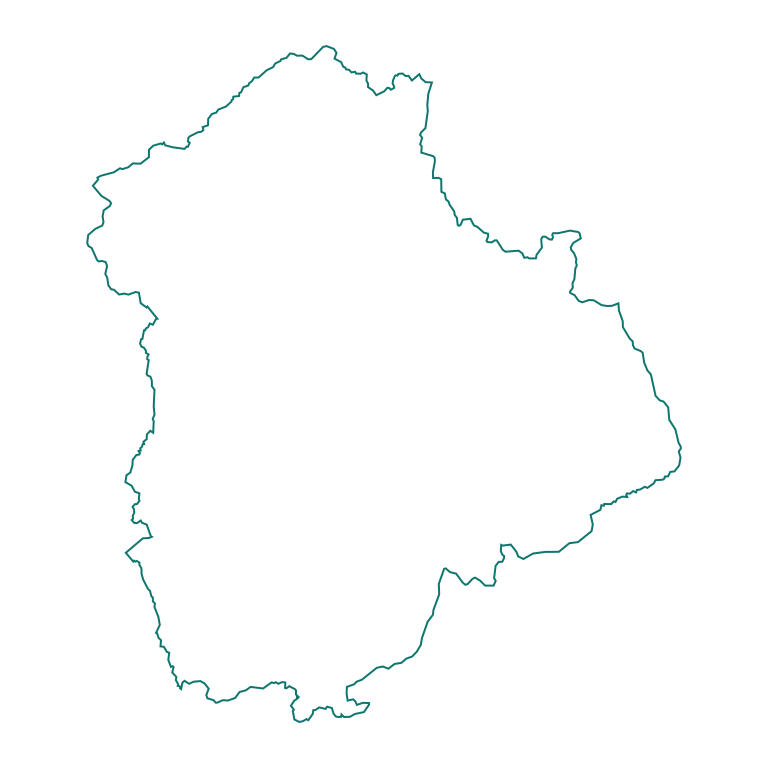 the district of San Vicente, Antioquia, Colombia
{"feature_id": "7082276B36807549160801", "entity_name": "San Vicente", "entity_type": "district", "adm_level": 2, "iso_a3": "COL", "parent_name": "Colombia", "parent_adm1": "Antioquia", "projection": "natural_earth1", "projection_center": [-75.346, 6.311], "detail": "fine", "context": "isolated", "style": "outline", "palette": "teal", "viewbox_px": 768, "rotation_deg": 0, "n_neighbors": 0, "source": "geoboundaries", "source_scale": "gbopen_adm2", "svg_char_len": 6051}
<svg xmlns="http://www.w3.org/2000/svg" viewBox="0 0 768 768"><path d="M419.3,74.2L411.9,80.5L408.6,75.9L405.6,76.0L402.4,73.5L398.4,73.9L397.4,75.6L395.8,75.3L394.8,76.2L393.0,80.4L392.6,83.3L394.3,87.0L393.9,88.1L390.8,89.7L389.4,88.1L387.4,87.8L384.1,91.4L376.3,95.2L373.1,90.6L368.0,87.0L368.1,83.8L366.4,80.4L366.8,74.5L363.2,72.5L360.5,73.8L356.0,73.5L355.1,71.8L351.4,72.4L349.1,69.8L345.9,69.3L345.4,67.6L343.2,66.7L341.2,62.2L334.5,58.6L336.5,52.9L333.9,48.9L326.5,46.1L323.1,46.9L311.3,59.1L308.2,59.3L302.4,55.6L297.0,55.7L293.8,53.9L290.0,53.5L286.5,57.8L281.1,59.4L280.4,61.0L275.2,63.5L273.1,67.1L266.6,70.3L258.6,77.5L254.3,77.5L252.0,81.1L249.1,83.3L248.3,85.5L243.4,87.2L241.1,92.3L239.4,92.9L239.0,96.0L233.3,96.7L233.1,99.2L231.7,100.0L231.5,101.5L225.9,106.6L218.4,109.5L216.1,112.7L212.0,113.9L208.2,118.8L208.0,125.3L202.7,127.1L203.4,130.0L201.4,131.7L197.8,132.3L189.5,136.5L188.4,137.9L188.0,141.6L189.7,142.8L187.9,146.8L186.6,146.6L184.6,148.9L172.9,147.3L165.2,145.3L163.9,142.5L162.2,144.4L160.7,143.5L153.2,145.7L149.0,149.7L148.9,157.2L140.5,163.7L132.8,163.4L128.4,167.2L122.5,169.1L120.0,168.3L113.8,172.3L101.1,175.7L97.4,177.6L98.1,179.6L92.9,185.8L101.5,196.0L109.5,200.9L111.1,203.3L109.8,206.0L103.7,210.4L102.6,216.3L103.5,222.1L102.3,225.5L95.3,228.9L88.2,235.0L87.2,243.1L88.5,246.1L91.7,248.0L97.1,260.1L98.7,261.4L102.0,261.0L105.6,262.0L107.1,266.0L105.3,273.9L107.2,277.6L108.4,285.4L111.2,289.3L113.9,289.7L119.1,294.5L124.5,293.6L128.4,294.6L135.6,292.0L138.9,292.7L140.7,303.2L146.6,307.5L147.4,306.5L157.3,318.7L156.1,318.8L152.8,324.8L149.8,323.5L148.1,327.2L145.7,328.6L145.3,330.3L144.0,330.4L142.4,338.9L141.1,339.2L140.1,343.7L141.4,346.6L143.9,347.7L145.9,350.6L145.9,352.9L148.6,354.4L147.3,357.1L147.3,359.3L148.7,360.2L146.6,373.8L147.3,375.3L150.4,376.7L151.8,380.4L151.9,386.2L154.5,389.8L153.7,406.4L154.5,414.7L152.7,419.0L153.7,421.1L153.2,432.8L150.3,430.8L146.9,434.4L146.7,439.1L143.4,441.8L144.1,444.1L142.8,444.1L141.9,446.9L140.2,448.3L140.7,450.6L138.6,451.0L140.0,453.3L139.2,454.6L136.4,455.0L132.7,459.9L132.5,465.1L130.3,472.6L126.5,475.2L125.4,482.1L131.6,485.7L134.9,491.7L139.4,493.3L138.8,499.5L139.5,500.9L136.8,504.2L135.0,504.1L132.6,506.8L133.9,509.0L134.3,512.5L132.7,516.1L133.1,518.6L131.7,520.0L134.2,522.9L137.1,523.1L140.7,520.5L142.0,522.8L146.7,524.6L150.8,536.1L151.8,536.8L148.9,538.0L142.9,538.3L125.8,552.8L133.3,561.6L134.0,560.7L135.4,561.6L136.7,560.9L139.5,562.6L139.3,564.6L141.4,568.3L141.6,574.0L143.1,579.4L147.9,588.8L150.0,590.9L151.4,596.3L152.8,597.5L152.9,601.3L154.9,603.5L154.5,607.1L158.3,616.7L159.8,624.9L156.1,632.9L157.0,633.0L158.6,637.9L161.0,640.2L160.5,646.4L163.9,646.8L166.9,651.9L169.2,652.7L168.3,660.0L171.0,666.9L172.8,666.2L173.6,667.1L172.2,672.5L176.4,677.0L175.8,680.0L178.2,684.2L177.7,685.8L180.3,686.6L180.1,688.3L181.1,689.1L182.4,682.7L184.5,680.8L189.1,683.8L193.6,681.7L200.4,681.1L204.5,683.4L208.7,688.7L206.3,695.1L207.4,698.3L213.6,700.2L215.6,702.6L217.1,702.7L222.7,700.2L228.0,700.5L235.1,698.0L239.6,692.0L245.9,690.3L250.6,686.9L263.1,688.5L271.6,682.4L274.2,683.1L275.8,682.2L278.2,683.8L282.2,682.1L285.3,682.5L285.1,688.0L286.4,688.3L289.3,686.2L295.0,689.2L296.0,690.4L296.0,694.5L298.7,697.1L298.0,697.9L296.9,697.3L296.8,699.1L294.2,700.7L290.9,705.8L293.9,709.7L292.8,711.0L294.4,719.5L299.2,721.9L303.0,721.2L306.4,719.1L308.3,720.2L312.7,714.0L313.3,710.2L315.5,710.0L319.2,707.4L325.6,708.9L327.1,706.7L331.9,708.0L333.5,713.6L336.0,716.6L338.5,717.0L341.1,716.8L341.5,714.5L344.0,717.0L350.0,716.8L354.9,714.0L363.9,712.1L369.0,704.7L369.1,703.1L362.9,702.8L356.9,704.9L355.4,701.5L353.2,699.3L347.7,700.6L346.6,693.8L346.9,686.9L354.3,684.2L356.4,681.8L361.9,679.7L376.8,667.8L382.8,666.5L388.4,668.7L394.5,664.0L401.5,662.8L406.3,658.6L412.0,656.6L416.8,651.7L420.7,645.1L422.0,637.9L427.7,621.7L433.0,614.6L433.4,610.1L439.2,594.4L438.8,583.9L444.1,568.9L445.7,568.4L450.0,572.1L456.1,573.6L462.6,582.5L465.4,584.8L467.7,584.0L472.5,578.8L475.0,577.6L480.2,580.7L485.1,585.6L493.6,585.6L495.7,580.9L494.1,578.1L495.6,565.9L498.7,561.9L502.2,561.8L504.0,558.3L504.1,556.0L502.2,554.5L500.8,550.9L501.2,544.9L502.6,545.6L510.8,544.6L516.4,551.8L518.2,556.4L523.4,559.0L533.1,553.5L545.4,551.9L558.8,551.8L569.4,543.2L578.0,542.1L591.6,531.1L592.8,524.5L590.6,514.9L600.4,509.8L601.4,505.2L603.9,505.7L604.2,504.0L611.3,504.1L613.6,501.4L615.5,502.0L617.1,498.8L622.4,496.6L627.2,497.0L626.2,495.0L626.8,493.5L630.1,493.6L633.1,491.1L636.1,492.4L636.9,489.9L639.9,489.6L644.8,486.8L647.4,487.9L653.6,483.5L655.5,480.2L662.6,479.7L664.4,478.6L664.8,476.6L668.1,476.3L670.2,471.9L674.5,471.4L679.2,465.3L680.5,457.5L678.8,451.6L680.8,448.5L680.7,446.6L678.6,442.8L675.4,429.5L669.3,419.9L668.2,407.4L663.6,401.6L659.7,400.3L655.6,395.9L650.9,374.5L647.4,370.4L644.2,362.6L642.7,352.9L641.0,351.2L634.5,348.5L632.9,345.0L632.7,341.4L629.6,338.4L622.9,327.1L622.7,321.1L619.0,310.6L618.4,303.3L612.1,305.8L607.2,306.0L601.6,305.1L593.8,300.3L589.1,300.0L582.3,302.3L578.7,300.9L574.5,295.1L570.2,292.9L570.0,291.7L572.8,287.7L572.5,283.2L574.4,279.2L575.3,268.7L576.8,265.3L575.9,262.4L576.4,259.0L573.9,252.9L571.2,249.8L570.8,247.2L573.3,242.9L580.8,238.4L579.6,233.4L578.1,232.0L570.0,230.6L558.1,233.2L553.1,233.2L552.3,234.6L552.9,237.7L551.9,239.6L549.5,239.4L545.1,236.6L542.5,236.8L541.2,239.3L541.9,247.6L536.6,254.8L535.9,258.4L529.1,258.4L527.5,257.3L524.3,257.8L522.3,253.3L518.6,250.7L505.5,251.7L502.8,249.8L496.7,240.3L494.9,240.3L491.7,242.4L487.3,242.0L486.5,240.6L488.2,236.3L488.0,233.7L483.9,232.7L477.3,226.8L473.9,225.4L470.5,218.8L462.8,219.7L460.7,224.7L459.0,225.8L457.7,225.0L456.9,217.8L454.7,214.9L454.2,211.4L449.6,204.7L448.6,201.6L445.9,199.4L444.8,193.4L441.4,191.8L441.2,179.2L438.6,177.9L433.1,178.0L432.9,172.3L434.9,161.3L434.6,157.6L433.2,156.2L421.3,152.6L421.7,146.5L420.2,144.4L422.1,137.8L420.0,134.8L421.4,132.0L425.4,128.2L427.8,111.0L427.3,105.0L428.3,93.8L431.9,82.5L425.6,82.1L421.3,78.5L419.3,74.2Z" fill="none" stroke="#0f766e" stroke-width="2"/></svg>